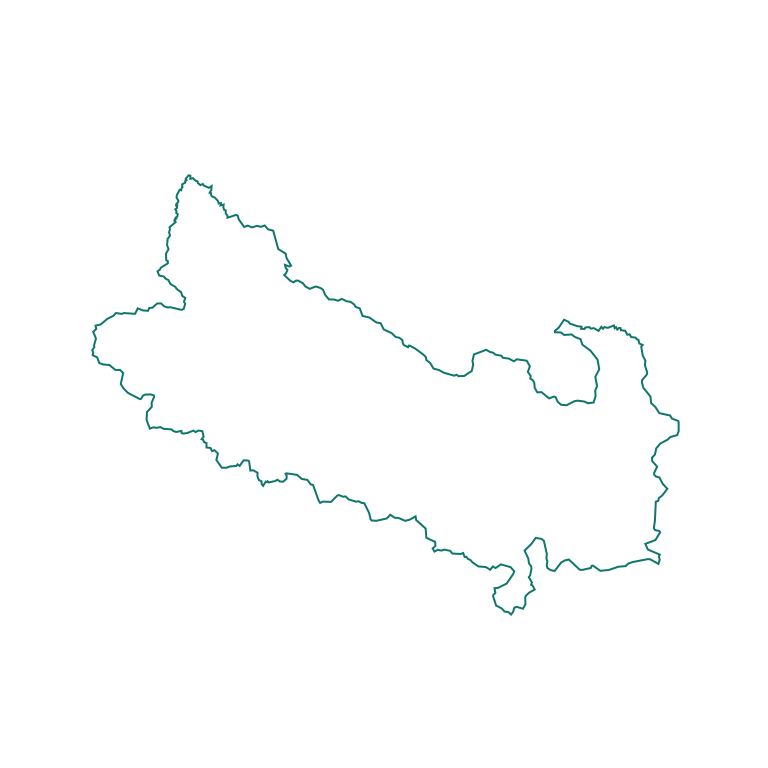 the district of Muong Nhe, Điện Biên, Vietnam, rotated 340°
{"feature_id": "81297802B77284470547112", "entity_name": "Muong Nhe", "entity_type": "district", "adm_level": 2, "iso_a3": "VNM", "parent_name": "Vietnam", "parent_adm1": "Điện Biên", "projection": "mercator", "projection_center": [102.423, 22.263], "detail": "fine", "context": "isolated", "style": "outline", "palette": "teal", "viewbox_px": 768, "rotation_deg": 340, "n_neighbors": 0, "source": "geoboundaries", "source_scale": "gbopen_adm2", "svg_char_len": 6166}
<svg xmlns="http://www.w3.org/2000/svg" viewBox="0 0 768 768"><g transform="rotate(340 384 384)"><path d="M640.4,435.8L637.8,433.3L638.2,429.5L636.9,428.5L636.3,426.5L632.3,424.4L631.9,421.4L629.5,420.9L628.8,416.4L625.0,414.5L625.4,412.3L624.0,411.7L621.8,412.6L621.5,410.0L619.8,410.5L620.1,407.6L613.6,407.8L610.4,405.9L608.6,407.0L607.8,404.6L603.8,407.5L600.3,403.3L597.1,402.6L596.6,400.9L592.6,399.7L591.2,400.9L588.1,399.5L589.2,397.7L585.3,395.7L579.1,390.6L578.9,388.9L575.2,385.2L567.5,390.8L562.7,392.5L562.4,393.9L567.8,396.0L570.0,399.5L577.2,401.6L579.5,405.1L584.0,409.1L583.9,414.9L589.4,423.2L593.0,434.1L591.3,443.8L585.0,449.6L583.5,458.9L580.2,462.5L578.7,467.7L574.6,473.1L569.0,471.8L566.1,468.9L560.1,465.8L556.8,465.3L548.3,466.4L543.3,464.1L541.2,460.1L540.7,454.9L539.2,453.9L534.2,454.0L529.2,445.5L525.2,444.3L524.3,439.2L525.6,434.2L525.1,431.1L523.3,429.1L524.6,426.6L523.3,421.8L527.1,417.3L526.1,410.9L517.2,406.2L513.8,407.1L510.0,402.8L504.7,400.1L504.0,397.6L498.6,394.4L497.3,391.9L494.9,390.5L491.7,386.8L478.6,387.0L475.0,392.6L474.4,396.4L470.9,401.8L462.0,403.9L456.7,402.1L455.3,400.1L452.8,400.2L444.0,393.8L440.5,389.7L435.8,386.5L434.6,380.2L432.0,375.9L432.5,372.9L431.2,370.1L425.3,361.2L421.4,356.8L420.4,356.4L419.2,357.6L416.1,354.4L415.6,352.4L416.3,348.9L414.0,345.6L411.1,343.9L408.6,338.8L402.4,332.6L401.6,325.6L397.9,323.6L393.0,316.5L387.1,312.7L387.1,304.7L383.7,301.8L383.1,298.9L380.6,295.3L377.1,293.4L373.5,289.6L369.3,290.1L366.1,287.6L361.1,285.6L359.2,280.1L359.0,274.6L357.2,272.1L353.2,269.0L346.8,269.2L343.5,265.5L342.2,261.5L338.6,257.4L336.6,256.7L333.9,257.6L331.4,255.2L327.5,247.5L329.8,246.5L332.3,243.7L331.3,241.4L331.7,238.2L335.2,241.2L337.2,241.0L335.5,232.4L336.1,227.8L330.8,221.0L332.3,202.0L328.0,199.1L326.1,194.2L322.0,194.2L318.9,192.0L313.5,191.7L310.2,188.6L306.3,188.6L303.8,179.7L304.2,175.8L302.7,174.5L293.8,174.2L294.5,172.2L293.6,169.7L294.6,166.7L293.4,165.7L293.4,163.1L294.7,160.5L291.4,160.3L292.6,158.2L290.4,157.8L290.5,155.1L288.7,150.8L286.6,149.1L286.1,146.5L286.8,145.5L285.6,144.7L288.1,142.6L289.7,139.0L286.6,139.8L282.4,135.7L282.2,134.1L279.5,134.3L277.9,131.6L278.1,129.8L276.3,128.4L274.9,125.2L272.2,125.0L273.3,122.0L271.7,121.1L267.7,123.5L268.2,124.9L266.5,125.4L266.1,126.8L262.5,127.4L262.0,130.0L261.3,130.0L259.7,132.6L258.5,131.6L254.1,135.5L252.8,137.8L253.5,141.3L252.8,142.7L250.3,143.9L249.7,145.3L250.8,145.5L249.5,147.9L247.6,148.5L248.2,150.3L247.3,152.1L248.3,153.9L247.0,156.0L245.2,156.4L244.1,157.4L244.8,157.9L242.9,158.8L243.6,160.6L236.1,163.3L235.7,165.6L233.9,167.9L233.7,171.3L230.2,173.8L227.6,179.5L227.7,183.5L223.7,187.0L221.7,193.3L222.9,194.8L222.1,196.7L214.0,198.4L212.5,199.9L209.7,200.7L209.8,205.1L214.0,207.8L214.8,210.4L216.9,212.5L217.5,217.0L221.2,221.5L221.6,223.6L224.7,228.3L224.7,232.5L226.7,235.1L224.1,238.4L224.6,240.7L221.4,245.0L218.9,245.0L209.4,238.7L206.8,238.1L204.0,235.8L202.0,232.0L198.4,230.8L192.5,233.1L189.4,232.3L187.3,234.5L182.6,232.4L178.5,228.7L174.1,232.9L163.9,228.4L161.5,228.4L156.4,225.6L153.1,227.4L146.4,228.1L138.2,231.1L132.9,230.5L132.4,233.9L128.6,235.5L128.9,242.7L124.7,248.6L124.5,250.2L121.4,252.4L121.5,255.1L120.1,257.3L123.6,260.9L123.6,266.9L126.6,269.5L132.4,272.2L136.4,278.9L140.8,280.5L142.7,284.4L136.6,294.0L137.8,299.2L140.3,304.7L149.4,314.7L150.8,314.8L153.4,312.6L155.6,312.2L161.3,314.0L163.8,316.1L163.6,317.4L159.2,322.2L158.0,326.0L151.7,329.3L148.6,336.4L148.7,345.9L152.4,345.8L155.3,347.4L159.2,348.0L161.5,350.7L168.9,354.0L169.8,356.0L172.2,358.0L177.6,358.8L177.1,360.8L178.3,361.9L182.4,362.8L189.0,362.6L190.4,364.7L193.8,364.3L197.1,366.2L196.5,371.8L193.8,373.5L194.9,374.4L195.0,377.1L197.0,378.8L195.5,382.9L199.1,384.8L199.5,388.3L202.0,388.2L204.2,392.5L200.5,398.0L202.9,407.2L207.5,408.9L210.8,408.7L217.2,410.5L218.9,409.4L220.3,411.6L225.9,407.7L229.9,409.3L230.8,410.5L228.8,419.7L231.4,420.2L234.8,424.1L233.5,427.5L233.6,431.4L235.6,433.5L234.8,436.3L235.5,438.4L239.5,435.3L240.5,436.2L241.3,435.6L241.9,437.0L248.6,438.0L251.1,437.5L252.8,440.0L255.8,441.3L260.0,439.7L261.2,437.0L260.8,434.7L261.8,434.6L271.3,439.7L274.3,445.1L279.2,447.9L280.8,453.3L282.8,454.6L282.7,470.7L283.3,473.9L286.4,473.6L293.9,476.7L302.1,472.8L303.7,473.0L307.1,476.0L309.4,476.5L311.4,480.5L317.5,485.0L320.1,485.5L322.1,487.9L324.7,489.3L325.9,500.0L325.1,506.6L325.8,508.1L330.3,510.0L340.8,511.3L345.1,509.0L348.6,513.6L351.7,514.7L357.1,519.8L361.8,520.3L368.4,519.2L367.7,522.9L373.7,534.1L371.2,543.0L378.0,549.8L377.0,553.7L373.5,555.2L374.1,558.7L377.7,558.2L381.0,560.2L383.9,560.2L389.1,563.4L390.3,566.7L398.0,570.0L400.6,569.9L400.6,574.1L402.3,574.5L403.0,577.0L405.2,579.2L406.1,581.8L410.3,587.7L417.2,590.9L420.2,594.9L423.9,592.7L425.8,595.1L432.2,593.5L440.3,599.4L442.3,604.5L440.6,606.6L431.0,613.5L421.2,614.6L418.0,613.7L417.2,618.4L414.7,619.5L413.9,620.9L413.6,630.5L417.8,635.1L419.5,639.1L422.9,640.9L424.5,644.1L427.3,642.4L429.9,638.8L432.6,638.9L437.7,642.7L441.6,639.3L443.6,633.0L444.9,631.5L449.0,629.7L455.3,628.7L454.7,624.2L453.6,623.0L455.1,621.1L454.0,615.1L455.9,613.8L459.5,607.8L459.9,605.5L458.9,602.2L459.9,597.3L459.1,588.6L468.0,584.6L473.9,580.5L479.1,583.5L480.6,586.1L478.9,599.4L477.0,603.3L476.8,606.7L474.9,610.1L474.6,612.7L476.7,615.6L480.3,618.1L489.6,612.3L493.8,611.6L497.7,612.2L504.3,625.3L506.6,626.5L515.4,627.6L516.9,625.9L518.2,626.1L523.4,633.5L531.4,635.6L541.9,635.9L548.9,637.8L551.6,636.4L556.4,636.3L571.5,638.7L574.0,639.6L580.3,646.9L582.9,643.6L583.4,640.1L584.8,638.6L575.3,629.8L574.9,623.6L585.6,623.5L592.7,617.9L592.5,616.3L588.7,613.9L588.3,611.6L591.6,605.6L599.2,587.5L601.8,587.6L603.2,585.3L607.3,583.9L614.4,579.4L611.7,573.0L610.9,566.1L607.9,563.9L606.9,561.8L607.4,560.0L612.4,555.1L609.7,548.4L610.6,544.9L614.5,542.9L617.9,537.5L623.5,534.4L631.5,533.3L634.8,531.8L642.1,532.3L644.8,529.0L647.8,520.7L647.9,519.5L642.7,514.9L642.1,511.5L632.7,505.5L631.1,498.3L628.5,493.4L630.1,486.9L626.5,476.5L626.8,471.0L627.8,468.7L634.2,465.0L635.3,463.2L635.6,455.6L637.6,451.6L636.9,445.5L638.5,436.9L640.4,435.8Z" fill="none" stroke="#0f766e" stroke-width="2"/></g></svg>